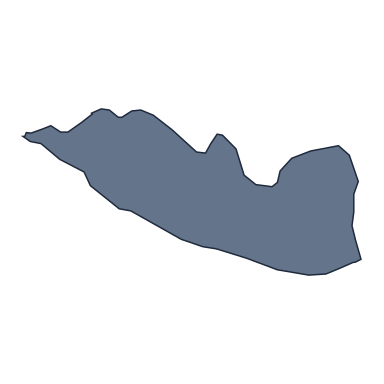 Diamond/Diamond Estate, Soufrière, Saint Lucia (Natural Earth projection)
{"feature_id": "8701671B2571810219289", "entity_name": "Diamond/Diamond Estate", "entity_type": "district", "adm_level": 2, "iso_a3": "LCA", "parent_name": "Saint Lucia", "parent_adm1": "Soufrière", "projection": "natural_earth1", "projection_center": [-61.044, 13.852], "detail": "fine", "context": "isolated", "style": "filled", "palette": "slate", "viewbox_px": 384, "rotation_deg": 0, "n_neighbors": 0, "source": "geoboundaries", "source_scale": "gbopen_adm2", "svg_char_len": 880}
<svg xmlns="http://www.w3.org/2000/svg" viewBox="0 0 384 384"><path d="M355.5,262.1L361.0,259.3L355.6,240.4L352.0,225.7L353.8,212.0L353.8,194.1L358.0,182.3L358.3,181.5L349.3,155.2L338.5,145.7L310.6,151.0L291.7,158.3L280.1,171.0L277.4,182.5L272.0,186.7L255.8,184.6L244.1,175.2L236.0,148.9L222.5,135.2L219.0,134.5L217.1,134.2L210.8,143.6L205.5,153.1L196.5,152.0L172.2,129.9L153.3,115.2L140.7,110.0L131.7,111.0L121.9,117.3L118.3,117.3L109.3,110.0L101.2,108.9L91.5,113.2L91.7,113.5L92.2,114.2L91.6,114.6L81.4,122.6L67.9,132.1L60.7,132.1L54.8,128.3L50.8,125.7L42.8,128.9L31.1,133.1L26.3,132.6L25.8,133.8L24.8,136.3L23.0,136.4L30.2,141.5L41.0,143.6L59.8,159.4L84.1,172.0L90.4,185.7L119.2,208.8L130.8,210.9L181.2,239.3L202.8,246.7L216.2,248.8L246.8,258.3L277.4,269.8L308.8,275.1L325.9,274.0L338.5,268.8L352.9,262.5L355.5,262.1Z" fill="#64748b" stroke="#1e293b" stroke-width="1.5"/></svg>